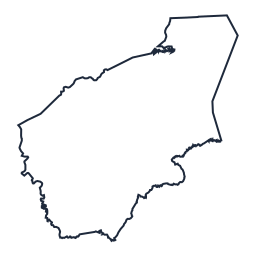 Kariba, Mashonaland West, Zimbabwe (Natural Earth projection)
{"feature_id": "62879985B94385115404707", "entity_name": "Kariba", "entity_type": "district", "adm_level": 2, "iso_a3": "ZWE", "parent_name": "Zimbabwe", "parent_adm1": "Mashonaland West", "projection": "natural_earth1", "projection_center": [28.545, -16.89], "detail": "fine", "context": "isolated", "style": "outline", "palette": "slate", "viewbox_px": 256, "rotation_deg": 0, "n_neighbors": 0, "source": "geoboundaries", "source_scale": "gbopen_adm2", "svg_char_len": 5764}
<svg xmlns="http://www.w3.org/2000/svg" viewBox="0 0 256 256"><path d="M61.2,237.5L62.1,238.1L62.9,237.6L64.2,237.9L66.9,236.4L67.6,237.5L68.1,237.7L68.9,237.5L70.1,236.4L70.7,236.7L70.9,237.5L71.4,237.8L73.4,237.2L74.2,237.5L74.8,237.3L75.2,237.9L75.6,238.0L76.9,236.4L77.5,236.3L77.7,236.7L78.0,236.7L78.6,236.2L79.5,234.5L79.9,234.3L94.8,231.9L95.8,231.4L99.6,232.9L99.6,232.2L99.1,231.3L99.4,230.9L100.9,230.3L101.0,230.6L100.5,231.6L101.4,231.9L102.2,233.0L102.9,233.2L102.4,234.3L103.5,234.0L104.6,234.7L107.0,234.6L107.7,235.7L108.0,237.4L108.5,237.2L108.8,237.8L110.3,238.9L111.3,240.5L111.6,240.0L112.0,240.5L112.6,240.0L113.5,240.6L114.9,240.3L115.3,240.0L114.3,238.9L114.2,238.0L115.1,237.6L117.1,235.3L118.4,232.4L120.7,228.9L123.6,225.6L124.1,224.0L125.5,222.4L126.6,219.6L127.8,218.8L129.1,219.0L130.7,218.3L132.1,216.7L132.3,216.2L131.8,215.5L131.7,214.4L131.2,213.5L131.8,211.2L132.4,210.4L132.4,209.0L135.9,203.3L136.9,202.6L136.9,202.0L136.6,201.4L137.0,200.8L137.1,199.9L138.2,197.4L137.8,196.9L138.4,194.8L139.8,195.4L140.8,196.6L141.8,196.5L143.7,197.5L144.1,198.1L144.3,198.0L144.2,197.3L145.0,197.1L145.3,198.2L145.4,197.6L145.9,197.9L146.0,197.6L146.0,195.8L145.6,195.1L146.3,193.7L148.3,192.6L149.6,191.2L150.0,190.0L151.3,190.0L151.6,189.7L152.6,187.6L152.5,186.5L153.6,185.8L154.4,185.9L155.7,185.3L156.5,186.9L157.1,187.0L157.7,186.9L158.1,185.5L158.8,185.8L159.5,186.6L160.3,185.3L160.7,185.2L161.6,186.1L162.1,185.6L162.4,184.4L163.3,183.9L166.1,183.4L167.7,183.4L168.1,184.1L171.3,185.0L171.9,184.6L172.7,185.0L173.7,183.7L175.2,184.4L176.8,184.3L177.5,184.8L178.5,184.3L178.7,183.4L180.2,182.0L181.8,182.2L183.1,181.2L184.3,178.6L184.3,177.3L184.7,176.8L184.0,174.1L183.9,172.9L183.0,170.5L182.4,169.4L181.5,168.8L180.1,165.8L178.3,164.9L177.7,163.7L175.2,164.6L174.5,162.3L172.8,161.5L172.0,160.8L171.8,159.5L173.2,158.1L173.3,157.7L174.5,157.0L174.7,157.4L175.4,156.3L175.8,156.6L176.7,156.0L177.1,156.5L177.7,156.0L178.8,156.2L179.4,155.9L179.8,156.5L180.9,156.8L181.7,156.5L182.7,156.7L182.8,155.8L183.4,156.0L183.8,155.7L183.9,154.6L184.7,153.7L184.8,153.1L185.3,153.0L185.3,152.3L186.0,151.6L186.8,151.4L187.1,150.6L186.9,149.6L187.3,149.6L187.5,150.2L188.1,150.3L188.8,149.3L189.5,149.0L189.0,147.9L189.3,147.5L189.6,147.5L189.9,148.3L191.0,148.5L191.2,148.1L190.9,147.6L192.2,147.3L192.2,146.6L192.6,146.6L193.1,145.0L194.0,146.2L194.3,146.1L194.4,145.4L195.0,145.0L195.5,145.1L196.0,146.0L196.4,145.5L197.1,145.4L198.2,144.2L198.9,144.7L199.5,144.7L199.8,145.7L200.3,145.8L202.0,144.7L202.7,143.9L203.8,143.5L208.1,140.6L208.6,141.2L208.6,140.4L209.0,139.9L210.9,138.9L211.1,139.3L210.7,140.5L212.0,140.2L212.5,139.5L212.6,140.2L212.2,141.0L212.5,141.2L212.8,141.2L213.0,140.5L213.3,140.2L214.1,140.1L214.9,140.7L216.4,140.1L216.1,141.3L216.6,141.8L217.9,141.3L217.9,140.6L218.2,140.5L218.5,141.5L219.4,141.0L219.8,141.7L220.3,141.6L220.8,140.1L221.2,140.1L212.9,112.5L212.4,101.3L237.7,35.5L226.9,15.4L198.3,16.7L198.0,17.0L186.0,17.6L170.4,18.2L170.1,21.0L169.3,23.1L169.2,24.2L166.2,28.2L165.2,30.7L165.1,32.7L166.1,34.9L166.3,36.7L164.8,40.8L163.6,41.5L158.0,46.3L162.0,46.3L163.9,48.2L163.9,48.9L164.5,47.6L165.2,47.6L166.9,46.7L168.2,46.4L171.6,46.5L172.0,48.1L171.4,48.9L174.4,49.5L174.2,50.8L173.2,51.2L173.2,51.7L172.6,52.0L171.8,52.4L172.0,52.1L171.8,51.8L172.2,51.6L171.7,51.3L171.9,50.8L171.2,51.3L171.1,50.7L170.9,50.9L170.6,50.3L170.6,50.0L170.3,50.7L169.9,50.4L169.9,50.7L169.7,50.7L169.6,50.3L169.9,50.0L169.7,49.5L169.5,50.3L169.3,50.0L169.2,50.2L169.1,49.7L168.9,49.5L168.9,49.8L168.7,49.7L168.9,50.2L168.5,50.3L168.6,50.7L168.4,50.4L168.0,50.6L168.0,50.3L167.7,50.4L167.6,50.1L167.5,50.9L166.9,51.2L166.1,50.3L165.2,51.5L165.0,50.4L164.5,51.4L163.1,52.1L162.1,51.7L162.3,51.2L161.8,51.5L160.4,51.3L160.4,50.8L159.8,50.9L159.4,50.3L159.0,51.0L159.0,50.3L158.7,50.1L158.5,50.6L158.2,50.7L158.2,50.3L157.7,51.4L157.2,51.3L157.7,50.4L157.4,50.7L157.2,50.4L156.7,50.8L156.5,50.4L156.3,50.6L156.5,51.0L157.1,51.1L157.1,51.8L156.7,52.1L156.1,51.1L155.7,51.2L156.0,51.8L155.4,52.3L155.5,52.9L153.8,54.3L153.6,53.4L154.4,50.7L153.7,51.0L154.5,50.4L154.5,49.6L155.2,49.0L154.8,48.8L151.3,53.4L132.7,57.5L107.5,70.1L106.5,69.4L105.1,69.4L103.9,70.3L104.0,72.1L101.9,73.5L101.2,74.4L100.1,76.7L97.7,78.0L97.2,79.2L96.2,80.2L94.2,80.3L93.5,79.9L92.7,78.7L92.0,78.4L91.0,77.4L90.1,77.2L89.1,77.3L87.8,78.2L86.0,78.4L84.6,78.3L82.8,77.2L76.0,79.4L74.6,81.1L74.0,82.8L73.3,83.9L69.8,87.1L68.2,87.6L65.7,86.8L64.0,87.3L63.6,88.2L63.9,90.8L62.5,91.7L61.1,91.7L61.2,94.0L60.9,94.8L59.3,95.6L40.6,113.8L27.4,120.1L18.3,125.2L20.0,127.2L21.2,129.4L21.1,135.8L21.4,138.0L21.8,138.5L21.8,140.7L19.5,147.5L19.7,148.4L21.1,151.2L23.1,153.4L21.8,155.8L24.5,156.6L27.7,156.6L28.2,157.3L27.5,158.5L24.4,161.4L24.4,162.3L25.4,164.9L25.4,169.8L24.5,171.2L21.8,172.6L21.7,173.5L24.3,175.6L27.3,173.0L28.1,172.9L28.8,173.4L32.8,178.3L32.7,178.8L31.9,179.8L31.8,180.5L32.4,181.0L32.6,182.8L33.2,183.5L33.9,183.4L35.6,181.6L37.4,181.0L40.4,181.7L41.9,182.9L42.2,183.6L42.0,184.9L41.4,186.2L39.8,187.7L40.7,191.1L40.6,193.7L41.0,194.6L42.5,195.7L43.9,195.1L44.3,197.4L43.7,198.6L41.0,198.6L40.7,199.3L41.1,200.8L43.3,201.5L43.2,202.0L42.1,203.4L42.1,203.8L45.8,205.3L45.9,206.4L45.1,206.8L44.4,206.4L44.0,207.1L43.4,207.1L42.8,206.5L43.2,205.5L42.7,205.3L41.8,206.0L41.8,207.7L42.4,208.1L43.2,208.1L43.8,208.8L46.1,208.7L47.0,209.2L47.2,210.3L46.1,210.5L45.9,211.6L46.5,211.9L46.8,212.5L47.3,212.3L47.3,213.1L47.2,213.9L46.1,215.4L45.7,217.7L47.2,217.9L47.5,221.2L47.8,221.3L48.0,220.4L48.7,219.5L49.1,219.5L50.5,221.3L52.0,222.4L52.0,222.7L51.1,223.9L51.7,225.1L53.2,225.2L54.2,227.0L56.2,226.9L58.5,228.0L59.8,230.6L60.1,231.8L59.5,234.3L59.6,235.9L60.0,236.6L60.2,237.6L61.2,237.5Z" fill="none" stroke="#1e293b" stroke-width="2"/></svg>